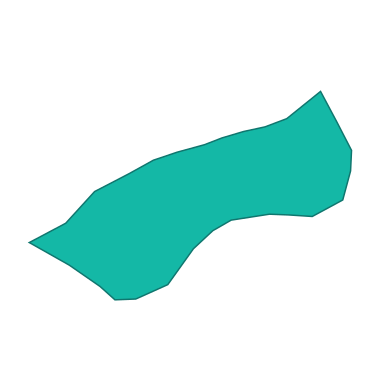 outline of Galata, Nicosia, Cyprus, rotated 188°
{"feature_id": "46923920B36410196498995", "entity_name": "Galata", "entity_type": "district", "adm_level": 2, "iso_a3": "CYP", "parent_name": "Cyprus", "parent_adm1": "Nicosia", "projection": "mercator", "projection_center": [32.883, 34.989], "detail": "fine", "context": "isolated", "style": "filled", "palette": "teal", "viewbox_px": 384, "rotation_deg": 188, "n_neighbors": 0, "source": "geoboundaries", "source_scale": "gbopen_adm2", "svg_char_len": 496}
<svg xmlns="http://www.w3.org/2000/svg" viewBox="0 0 384 384"><g transform="rotate(188 192 192)"><path d="M346.1,119.3L303.4,102.5L270.0,85.7L253.3,74.5L232.8,78.2L203.1,96.9L182.7,136.0L166.0,156.6L149.3,169.6L112.2,180.8L93.6,182.7L69.5,184.5L41.6,205.1L37.9,234.9L39.8,255.4L58.3,281.5L78.7,309.5L108.4,277.8L128.9,266.6L149.3,259.1L169.7,249.8L186.4,240.5L212.4,229.3L234.7,218.1L257.0,201.3L288.5,178.9L312.7,143.5L346.1,119.3Z" fill="#14b8a6" stroke="#0f766e" stroke-width="1.5"/></g></svg>